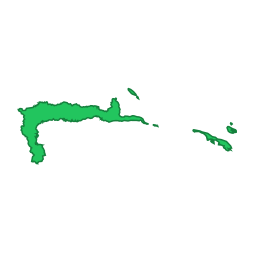 the district of Halmahera Tengah, Maluku Utara, Indonesia, rotated 345°
{"feature_id": "22746128B46636453933041", "entity_name": "Halmahera Tengah", "entity_type": "district", "adm_level": 2, "iso_a3": "IDN", "parent_name": "Indonesia", "parent_adm1": "Maluku Utara", "projection": "mercator", "projection_center": [128.383, 0.221], "detail": "fine", "context": "isolated", "style": "filled", "palette": "green", "viewbox_px": 256, "rotation_deg": 345, "n_neighbors": 0, "source": "geoboundaries", "source_scale": "gbopen_adm2", "svg_char_len": 5771}
<svg xmlns="http://www.w3.org/2000/svg" viewBox="0 0 256 256"><g transform="rotate(345 128 128)"><path d="M41.0,132.9L40.7,131.9L41.1,131.8L41.0,130.3L40.7,130.1L41.3,128.6L40.8,125.5L40.3,125.0L40.1,125.3L40.5,123.7L40.3,122.4L41.0,122.3L38.7,121.1L37.3,120.9L36.5,119.9L36.3,119.1L36.0,119.1L36.0,119.9L36.4,120.1L35.9,120.6L35.6,119.8L34.6,119.8L34.6,119.3L35.1,119.7L35.6,119.6L35.5,119.3L35.9,119.4L35.3,119.0L35.6,118.7L35.2,118.3L35.8,117.9L35.7,117.4L36.7,115.4L36.4,113.5L36.8,114.0L36.9,113.0L37.9,113.0L37.5,112.8L37.1,112.3L37.1,112.2L37.4,111.9L37.3,112.4L37.7,112.6L38.0,112.5L37.6,112.2L38.0,112.3L37.8,111.8L38.3,112.3L39.0,112.0L38.9,112.6L39.3,112.2L38.9,111.6L39.2,111.5L39.1,111.1L38.4,110.9L38.4,110.5L38.9,110.5L38.2,110.3L38.1,110.0L38.8,110.2L38.3,109.8L39.0,109.9L39.4,108.9L39.7,108.9L39.6,108.3L40.0,108.3L39.4,107.2L39.6,106.6L38.7,105.3L39.0,104.4L40.5,102.3L41.5,101.8L41.9,101.2L42.5,101.3L42.9,100.8L44.8,100.9L46.2,99.4L46.5,99.6L47.1,99.2L47.2,100.5L48.1,99.6L48.7,100.1L50.4,100.1L51.2,100.5L52.0,100.0L52.6,100.3L54.0,99.7L56.7,100.8L58.3,99.8L59.4,101.6L60.7,101.6L61.8,102.3L63.0,102.4L65.1,101.3L66.8,102.1L67.0,102.6L67.5,102.1L68.1,102.1L68.8,102.4L68.6,103.0L68.9,103.2L68.6,103.3L68.9,103.9L69.9,104.0L69.4,104.3L69.7,104.7L69.2,104.8L69.3,105.2L71.5,104.9L72.4,105.8L73.6,106.0L74.1,106.9L75.1,107.1L75.6,106.8L75.6,105.9L76.0,105.6L76.3,107.0L77.0,107.5L78.7,107.9L79.0,107.4L79.1,108.0L80.2,108.4L80.6,108.2L80.4,108.6L80.9,108.8L82.4,108.3L84.3,108.7L86.9,107.8L88.8,108.4L91.4,107.6L92.4,107.8L94.2,109.0L96.0,109.1L98.1,108.0L99.7,108.3L100.0,108.0L100.3,108.1L100.0,108.3L101.1,109.2L102.2,109.0L102.9,109.4L103.2,110.7L103.9,111.0L104.2,111.8L104.7,111.8L104.4,112.1L104.7,112.2L104.4,112.4L104.7,112.4L104.7,113.4L105.3,113.4L106.3,114.6L108.3,114.9L109.5,116.1L110.4,116.4L111.1,117.4L115.4,117.2L117.7,117.6L120.5,118.4L121.2,119.0L122.5,119.2L123.8,119.9L126.2,119.7L129.9,121.2L132.6,121.3L138.3,122.9L140.7,123.9L142.3,123.6L143.2,124.7L143.0,125.2L143.4,126.1L144.7,127.7L146.0,128.1L147.1,129.1L148.9,129.5L145.9,127.3L145.1,125.8L144.7,123.1L143.4,121.5L141.5,120.2L139.6,119.5L136.9,117.8L135.3,117.3L133.5,117.6L131.8,117.3L131.1,116.7L128.1,115.7L127.2,116.3L125.0,115.9L123.4,114.6L122.8,112.6L124.0,110.9L124.3,109.1L125.1,108.0L124.6,104.9L125.3,103.5L125.0,101.1L124.3,99.7L123.1,98.4L123.1,97.8L124.0,97.3L124.3,96.7L124.0,96.1L123.1,96.7L121.1,95.8L120.5,96.0L119.9,96.9L119.8,98.2L119.3,98.9L118.4,99.0L118.7,99.7L117.6,100.8L117.7,102.1L118.2,102.9L117.9,103.6L113.5,104.6L113.1,106.0L111.4,106.6L111.1,105.9L109.5,105.9L108.9,104.9L108.2,104.8L107.2,103.9L105.7,103.6L105.5,102.8L104.8,102.3L105.1,99.9L104.2,99.4L103.4,100.4L103.4,99.1L102.8,98.5L101.0,97.9L100.1,98.3L99.7,97.5L97.8,96.8L96.6,97.1L94.4,96.8L93.9,97.1L93.5,96.4L91.7,96.5L90.3,95.9L89.0,96.2L87.2,94.8L86.7,93.3L85.7,93.0L84.6,92.2L84.5,91.4L81.0,91.4L80.3,92.1L79.6,92.0L78.7,89.7L77.2,89.7L76.3,88.9L75.7,87.8L72.8,86.3L70.0,87.0L69.7,86.8L69.3,87.5L68.6,87.2L68.1,87.5L67.4,87.5L66.3,86.9L64.5,87.6L62.9,87.0L62.5,87.3L61.2,85.8L60.6,85.6L60.1,86.1L58.9,84.7L56.9,84.6L56.6,82.0L55.9,81.7L54.5,82.2L53.9,81.4L53.5,81.8L52.3,81.6L51.7,80.8L50.7,80.9L49.8,80.1L49.1,80.1L49.1,80.5L48.4,80.8L47.8,80.7L48.2,81.4L47.2,82.2L46.4,82.1L45.7,82.7L45.3,82.4L44.8,82.8L44.4,82.5L44.4,83.0L43.9,83.3L42.6,82.5L41.7,83.6L35.0,82.8L33.6,84.4L30.9,83.9L30.5,83.0L30.6,82.1L29.5,81.5L28.5,81.3L27.9,81.8L26.8,81.7L26.9,83.1L28.8,84.8L28.8,86.6L29.9,87.2L31.1,89.4L30.2,90.0L30.0,90.7L30.5,92.7L29.4,93.3L28.4,94.5L29.1,95.4L28.1,96.5L28.3,98.4L27.7,99.4L26.9,98.8L26.0,98.6L25.4,98.9L25.0,100.0L25.4,100.9L24.2,102.4L24.8,103.5L24.6,105.1L24.9,106.9L26.6,108.6L26.6,109.7L27.5,109.9L28.4,111.2L27.8,111.9L27.7,112.5L28.5,114.9L27.5,117.4L28.1,119.7L29.8,122.3L28.9,122.7L28.5,124.1L27.4,125.0L27.8,126.3L29.2,127.0L29.1,128.0L30.3,129.3L30.1,130.2L28.7,130.8L28.2,131.4L26.3,135.4L27.5,136.1L27.7,135.7L28.6,135.8L29.3,136.4L30.3,138.5L30.6,138.4L31.5,139.0L31.6,138.1L32.0,138.2L33.1,137.4L36.1,137.9L37.3,136.5L38.0,136.1L38.3,133.0L41.0,132.9ZM196.7,149.5L191.0,146.7L190.3,147.0L190.2,147.6L191.2,149.0L192.2,148.9L195.8,149.8L197.7,151.7L199.4,152.7L201.5,155.7L201.4,156.3L201.8,156.9L201.5,158.1L202.2,159.0L201.5,159.6L201.6,160.3L202.7,160.5L203.7,160.1L205.1,160.1L206.4,160.6L207.7,161.9L210.1,162.4L210.3,163.1L211.6,164.4L212.3,166.0L211.6,166.4L211.1,167.6L211.9,168.0L212.3,167.7L212.9,167.9L213.2,168.5L214.2,168.8L214.8,169.7L216.2,170.1L215.3,171.7L215.9,172.6L216.6,172.7L216.8,174.2L218.5,175.8L219.6,175.9L220.1,175.4L219.7,174.2L221.5,175.7L221.1,174.5L221.3,174.1L222.8,174.2L222.5,172.0L219.6,166.5L215.1,163.4L211.5,161.8L210.1,159.7L207.2,158.2L203.6,153.8L198.6,151.0L196.7,149.5ZM228.8,155.7L225.8,152.8L224.7,152.5L223.7,153.4L224.1,157.2L225.4,158.7L227.1,159.8L228.3,160.2L228.8,160.0L227.6,159.5L228.4,159.5L228.0,158.7L229.4,158.4L227.1,156.8L227.6,156.2L228.4,156.5L228.3,155.8L229.0,156.8L228.5,156.7L228.4,157.1L228.8,157.0L228.9,157.6L230.6,158.7L230.6,159.5L229.9,159.7L230.1,160.0L231.4,160.1L231.8,158.8L231.4,157.6L228.8,155.7ZM138.7,90.1L138.3,90.3L138.2,91.4L140.1,95.3L140.9,96.3L143.8,98.4L144.3,98.4L144.4,97.7L142.7,94.3L140.6,91.5L138.7,90.1ZM206.4,162.0L205.8,160.9L204.9,161.6L204.6,162.4L205.3,163.6L207.1,165.3L207.4,163.3L206.6,161.9L206.8,162.6L206.4,163.5L205.9,163.5L205.8,162.9L206.2,162.9L206.4,162.0ZM152.9,131.2L154.2,132.8L155.4,132.9L154.8,133.2L155.7,133.1L157.2,134.2L157.2,133.8L155.6,132.4L152.9,131.2ZM144.9,99.7L144.4,100.3L144.9,101.6L145.7,102.4L145.6,100.7L144.9,99.7ZM228.6,151.6L229.7,151.1L229.4,150.3L228.6,149.7L228.2,150.3L228.6,151.6ZM68.6,103.9L68.4,103.4L67.8,103.2L68.0,103.9L68.2,103.6L68.6,103.9Z" fill="#22c55e" stroke="#15803d" stroke-width="1.5"/></g></svg>